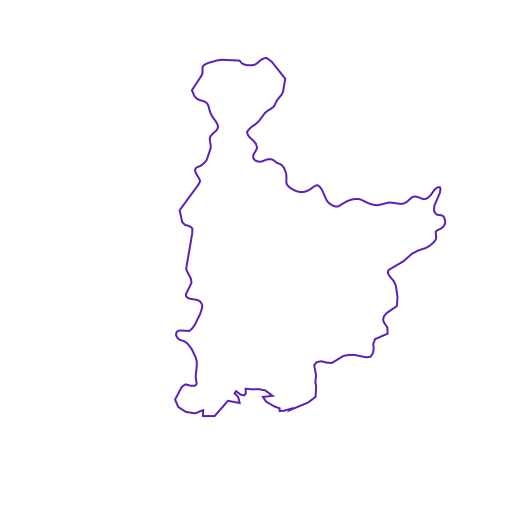 map outline of Rieti (Equal Earth projection), rotated 305°
{"feature_id": "ITA-5424", "entity_name": "Rieti", "entity_type": "Province", "adm_level": 1, "iso_a3": "ITA", "parent_name": "Italy", "parent_adm1": "", "projection": "equal_earth", "projection_center": [13.027, 42.421], "detail": "fine", "context": "isolated", "style": "outline", "palette": "violet", "viewbox_px": 512, "rotation_deg": 305, "n_neighbors": 0, "source": "natural_earth", "source_scale": "10m", "svg_char_len": 4048}
<svg xmlns="http://www.w3.org/2000/svg" viewBox="0 0 512 512"><g transform="rotate(305 256 256)"><path d="M111.5,315.0L101.1,313.9L94.5,304.4L99.4,301.1L92.2,296.4L88.1,288.1L87.7,279.0L91.9,272.1L105.9,270.3L108.1,270.9L110.4,271.9L112.6,277.6L114.7,280.3L116.4,280.8L117.8,280.3L122.3,275.9L132.0,270.5L135.9,267.7L137.9,265.4L142.0,258.4L143.4,255.4L144.9,250.0L145.1,248.1L145.0,246.2L144.6,244.6L144.0,243.0L143.6,241.2L143.7,239.1L145.1,236.1L146.8,235.0L148.7,234.7L150.2,235.4L151.4,236.5L156.4,244.4L159.4,245.2L164.3,245.4L176.3,243.5L181.4,242.0L184.7,240.4L185.6,239.1L186.2,237.7L186.7,236.1L186.6,234.4L186.2,232.8L183.4,227.0L182.8,225.4L182.6,223.7L183.1,221.6L184.5,220.5L196.7,218.6L196.9,218.5L197.7,217.9L199.6,216.1L200.5,214.9L204.4,207.4L205.7,206.0L237.9,190.8L241.8,188.3L242.3,186.8L242.3,185.0L241.9,183.3L241.4,181.8L240.7,180.4L241.4,176.2L249.7,167.2L280.7,167.9L284.7,167.5L285.5,166.9L286.3,165.9L287.0,164.6L288.5,161.1L289.5,159.1L291.3,156.8L293.1,156.3L294.6,156.7L297.8,158.7L300.1,159.6L304.0,160.5L306.4,160.5L317.7,157.2L319.6,156.3L325.5,150.8L327.8,150.1L330.4,150.2L336.6,151.6L338.8,151.3L340.4,150.5L341.4,149.2L342.3,147.8L343.0,146.3L344.7,141.3L346.2,138.2L347.8,135.5L351.9,130.6L352.6,129.2L353.1,127.5L353.0,125.8L352.7,124.1L351.6,121.0L351.2,119.3L351.0,117.5L351.3,115.3L351.8,113.6L355.0,108.4L372.2,107.9L374.0,107.6L375.6,107.0L379.3,104.3L380.3,103.9L381.5,103.7L383.8,104.4L386.7,106.1L394.5,112.5L397.2,115.6L406.6,130.4L405.7,134.3L406.1,136.2L406.9,138.7L408.9,141.8L410.3,143.6L411.7,145.0L413.1,145.8L414.8,146.4L418.7,147.3L420.4,148.0L421.8,148.8L423.1,149.7L424.2,150.8L424.3,154.3L424.2,157.2L420.5,169.9L418.0,178.3L406.8,183.6L405.2,184.1L403.2,184.4L395.4,183.9L390.0,184.8L388.1,184.7L384.7,183.7L383.3,182.9L380.0,181.7L378.3,181.3L368.1,181.0L364.3,180.2L359.3,178.3L355.5,177.6L353.6,177.5L352.1,177.8L350.7,179.5L349.7,182.2L348.8,188.3L347.8,191.7L345.5,194.6L343.5,195.3L337.7,195.8L336.1,196.4L335.0,197.4L334.1,198.8L333.8,200.7L334.6,203.6L335.6,205.3L336.9,206.6L340.9,209.3L342.1,210.4L343.1,211.6L343.9,212.9L344.4,214.6L344.5,216.3L344.3,219.2L344.4,220.3L345.2,223.3L345.1,225.5L344.4,228.1L341.9,232.0L340.3,233.9L338.6,235.3L333.5,238.8L332.5,240.0L331.8,242.0L331.4,244.6L331.7,248.8L332.2,251.4L332.8,253.5L334.2,256.3L336.2,258.7L337.4,259.7L340.2,261.5L346.9,264.0L348.3,264.8L349.3,265.9L349.3,268.4L348.2,271.8L342.5,281.3L341.5,283.7L341.1,285.8L341.3,289.8L341.9,292.1L342.8,293.8L343.9,294.9L353.3,299.2L357.1,302.0L359.3,304.2L361.1,306.7L361.9,308.1L362.4,309.6L363.5,316.9L364.4,320.3L365.5,323.3L367.2,326.2L368.2,327.4L375.3,333.5L376.3,334.7L377.2,336.0L381.5,344.4L382.5,345.6L383.5,346.7L384.9,347.6L386.4,348.4L393.4,350.1L394.3,350.6L395.2,351.3L396.1,352.4L396.8,353.8L397.3,355.4L398.1,358.8L398.6,360.4L399.5,361.7L400.7,362.6L402.3,363.4L406.2,364.2L412.2,364.2L414.1,364.5L415.7,365.1L417.1,366.0L417.8,367.3L416.4,368.9L413.1,370.4L399.6,373.2L395.4,375.7L394.1,377.7L393.6,379.8L394.0,381.4L395.5,384.2L396.0,385.6L395.8,387.2L395.1,388.5L394.2,389.8L393.1,390.9L391.8,391.8L390.0,392.5L387.9,392.7L384.4,391.7L380.7,389.6L379.2,389.3L377.1,390.7L374.3,393.2L372.3,393.8L369.5,393.8L364.6,392.6L362.0,391.5L360.0,390.5L353.5,385.7L347.5,382.5L336.4,379.8L320.7,372.7L319.0,373.0L317.3,374.2L315.8,378.1L314.5,383.0L313.7,384.6L312.9,386.0L311.5,388.0L303.5,395.5L295.9,400.0L295.7,400.1L284.1,395.7L280.1,395.4L276.9,396.5L275.2,398.5L272.7,404.8L267.8,408.3L256.2,401.2L251.0,402.6L247.9,405.4L243.5,407.5L239.2,407.6L236.3,404.5L231.5,393.5L228.3,388.9L224.4,385.0L211.9,379.5L209.5,375.6L207.3,370.0L204.0,366.6L200.0,366.3L192.5,373.8L186.9,376.8L183.7,380.0L174.8,385.6L165.8,382.7L149.3,372.2L151.0,372.3L145.1,367.5L142.6,364.2L144.8,362.7L143.3,357.5L142.5,347.9L144.5,342.5L151.0,349.8L151.2,340.7L148.5,334.6L144.7,329.5L141.3,323.7L137.5,326.5L134.9,326.2L133.6,323.0L133.9,317.2L131.2,317.2L130.5,321.3L129.5,323.3L126.2,326.9L121.3,316.1L111.8,315.1L111.5,315.0Z" fill="none" stroke="#5b21b6" stroke-width="2"/></g></svg>